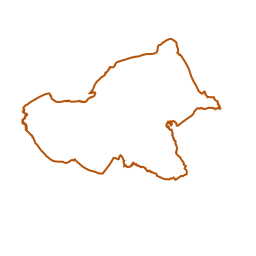 Bang Krathum, Phitsanulok, Thailand (orthographic projection), rotated 153°
{"feature_id": "78962969B64278922015209", "entity_name": "Bang Krathum", "entity_type": "district", "adm_level": 2, "iso_a3": "THA", "parent_name": "Thailand", "parent_adm1": "Phitsanulok", "projection": "orthographic", "projection_center": [100.362, 16.614], "detail": "fine", "context": "isolated", "style": "outline", "palette": "amber", "viewbox_px": 256, "rotation_deg": 153, "n_neighbors": 0, "source": "geoboundaries", "source_scale": "gbopen_adm2", "svg_char_len": 5776}
<svg xmlns="http://www.w3.org/2000/svg" viewBox="0 0 256 256"><g transform="rotate(153 128 128)"><path d="M219.8,172.3L218.7,169.8L217.7,166.0L217.0,165.3L217.0,164.2L217.4,163.0L216.8,162.7L217.4,156.7L216.4,153.7L215.8,148.2L214.3,143.5L213.2,139.3L212.6,138.4L212.1,136.9L211.1,134.9L210.6,134.3L209.9,133.0L209.2,132.1L205.0,129.4L201.4,127.6L200.5,126.1L199.4,125.1L196.7,124.5L194.0,125.0L192.8,125.0L191.9,124.7L191.2,124.1L191.2,123.8L189.6,124.2L189.3,122.8L187.8,118.6L186.0,114.4L184.7,112.2L182.3,108.6L181.0,107.3L178.1,104.8L174.5,100.8L173.0,99.7L171.2,98.9L160.5,104.0L154.4,107.9L153.1,107.2L152.4,106.2L150.8,104.5L150.2,104.6L149.9,105.2L149.3,105.8L148.6,106.1L148.0,106.9L147.0,107.1L146.7,105.9L146.4,105.3L146.4,103.1L146.7,101.8L146.1,100.7L147.4,99.7L148.0,97.1L148.8,95.7L148.0,95.6L147.4,95.8L147.2,95.7L146.9,95.8L146.8,95.4L147.0,95.1L147.0,94.8L146.6,93.9L146.1,93.5L145.8,93.2L145.4,93.2L144.7,92.9L143.7,92.8L143.2,92.5L142.7,92.6L142.2,93.2L141.5,92.9L140.7,93.3L140.7,93.9L140.3,94.3L139.1,94.7L138.9,93.8L138.6,93.5L138.8,93.0L138.8,92.5L138.3,92.3L138.0,92.5L137.2,92.3L137.0,91.8L137.1,91.0L137.0,90.4L136.5,90.0L135.9,89.9L135.8,89.4L135.1,88.9L134.7,88.1L134.7,87.7L134.3,87.6L134.1,87.1L132.9,87.0L131.9,86.2L131.6,85.8L131.4,84.7L130.7,84.2L131.0,83.5L130.4,82.6L130.7,81.6L130.5,81.2L130.0,80.4L129.5,80.3L129.2,80.5L128.8,80.3L128.2,80.3L128.0,79.9L128.2,79.5L127.8,78.4L127.0,78.3L126.8,77.8L126.1,77.2L125.3,75.9L123.8,74.7L123.4,73.5L123.8,72.7L123.8,72.1L119.4,66.7L118.5,65.8L114.7,63.5L114.3,63.4L113.8,63.7L113.3,63.7L110.7,62.7L109.9,63.1L109.4,61.5L109.3,60.3L106.3,60.6L102.4,61.2L100.9,60.2L98.9,60.5L97.0,60.1L95.7,61.8L95.4,62.4L95.2,63.3L95.2,64.0L95.9,66.0L95.9,66.4L93.7,67.8L94.8,69.6L94.8,70.7L94.2,71.3L94.4,74.0L94.8,74.9L94.9,75.7L94.8,78.1L95.0,78.7L95.8,80.1L95.9,80.6L96.5,82.7L96.5,83.8L96.3,84.4L95.6,84.6L95.6,85.3L95.3,85.7L95.0,85.8L94.6,86.4L93.6,87.1L93.2,89.4L92.9,89.9L92.8,90.7L92.7,91.6L93.0,91.9L92.9,92.4L92.4,93.4L92.0,93.8L92.2,94.0L92.2,94.4L91.7,94.9L91.9,95.6L92.1,95.8L92.2,96.4L92.5,96.5L92.5,97.3L91.9,97.8L91.8,98.4L92.1,98.6L92.2,98.9L92.0,100.2L91.6,101.0L91.9,101.7L90.6,102.6L90.7,103.8L89.9,106.1L90.2,107.0L91.2,107.1L91.5,107.4L91.5,108.7L92.0,109.3L92.0,109.6L91.1,110.3L91.1,111.0L91.6,111.4L92.6,111.2L92.9,111.7L92.9,112.2L92.5,113.0L91.5,114.3L90.5,114.4L89.6,115.4L89.4,115.5L89.2,115.4L89.1,115.1L89.2,113.7L88.5,112.2L88.5,111.0L88.3,110.7L87.3,111.4L86.9,112.2L87.2,112.8L87.9,113.7L88.4,114.0L88.4,114.5L88.1,114.7L87.2,114.7L85.4,113.7L84.3,113.6L83.6,112.6L83.5,112.0L83.0,111.2L82.9,110.6L82.9,110.0L83.5,108.1L83.1,107.6L82.5,107.5L81.3,107.6L76.7,108.6L65.3,110.2L63.5,110.8L61.7,112.4L57.7,114.1L57.2,114.0L55.9,113.3L55.4,112.7L54.5,112.8L54.2,112.6L53.9,112.7L53.3,112.5L52.9,111.5L50.5,109.8L46.8,109.4L46.7,109.2L44.3,108.0L43.7,107.3L43.0,107.3L42.6,106.3L41.4,105.7L41.4,105.0L38.2,105.1L37.9,103.7L37.0,103.4L37.1,104.2L36.8,105.1L36.9,105.7L36.5,105.9L37.0,108.0L36.6,108.1L36.7,109.8L36.2,110.3L36.2,111.0L37.3,112.7L37.7,113.8L37.9,115.0L37.5,115.4L37.7,116.6L38.7,116.9L42.6,119.3L43.2,119.3L43.4,121.8L43.9,123.0L43.1,124.6L43.4,125.8L43.7,126.0L45.3,125.2L46.7,125.1L47.2,126.0L48.3,129.0L48.2,129.3L48.1,135.1L48.4,139.8L48.3,142.3L48.2,145.3L47.0,153.0L47.0,154.4L47.1,160.7L47.8,167.7L48.3,169.5L48.5,169.7L49.0,169.7L49.3,170.4L49.2,172.1L49.4,172.6L49.7,172.7L48.4,173.9L48.0,174.5L47.7,175.3L47.3,178.2L47.0,179.7L46.1,182.1L46.6,183.6L48.2,186.7L48.9,187.5L49.6,188.0L51.2,188.5L54.0,188.7L55.3,188.6L56.3,188.2L58.3,188.4L58.9,187.9L60.0,187.8L61.1,187.3L62.3,187.7L63.4,187.6L63.9,187.3L64.5,186.8L65.7,184.9L67.0,183.2L68.4,182.4L70.1,182.4L70.9,182.5L73.3,183.1L77.4,185.2L79.1,185.8L81.3,186.3L86.3,187.0L88.3,187.9L89.8,188.4L90.0,188.2L92.5,189.1L99.6,190.2L103.4,191.0L107.7,191.6L108.7,191.5L110.9,190.3L111.3,189.6L111.7,189.6L113.0,188.8L113.5,188.8L115.6,189.9L116.3,190.6L117.4,189.9L117.4,189.3L118.0,189.0L118.9,189.0L119.8,188.1L120.8,187.6L122.0,187.6L123.2,187.4L123.5,187.0L123.4,186.4L125.3,185.6L126.1,185.4L129.1,185.2L132.5,184.0L135.0,183.4L138.9,180.9L140.5,179.3L142.5,177.9L146.2,176.4L145.5,176.0L144.5,176.0L143.6,175.4L142.8,175.7L142.5,175.6L142.2,175.1L141.3,174.5L141.3,173.9L141.5,173.4L142.6,172.7L143.3,172.1L144.7,171.7L145.7,172.1L146.7,172.4L147.5,171.9L148.2,172.2L150.0,172.1L151.8,171.4L152.5,170.8L154.0,170.8L154.4,170.5L154.6,170.6L156.3,172.0L156.5,172.0L156.8,171.8L157.1,172.0L157.1,172.3L157.5,172.9L158.0,172.9L158.1,173.3L158.5,173.3L159.0,173.6L159.0,174.2L159.7,174.3L160.4,174.7L162.0,175.0L166.7,177.2L168.1,178.6L168.1,179.1L169.7,179.3L169.5,179.7L169.8,179.9L170.7,180.2L172.0,180.7L174.3,181.3L177.9,182.5L179.4,183.5L180.2,184.3L181.5,186.2L182.6,188.9L182.0,191.6L182.6,192.0L182.2,194.4L182.4,194.6L185.7,195.6L192.7,195.9L202.5,195.4L207.5,194.6L209.4,194.7L210.1,194.2L211.4,194.0L211.9,193.7L212.2,193.2L212.1,192.8L212.3,192.5L212.1,192.2L212.0,191.4L212.2,191.0L212.5,190.8L213.1,190.9L213.7,190.8L214.1,190.3L213.7,190.1L214.0,189.4L213.4,189.2L213.5,188.7L213.4,188.1L213.0,187.6L212.9,187.1L212.2,187.0L211.9,186.8L211.9,186.5L212.3,186.3L212.4,186.1L212.1,185.8L211.9,186.0L211.8,185.7L212.7,185.2L213.6,185.6L213.9,185.0L214.5,185.0L214.8,184.4L215.1,184.3L215.0,183.7L215.3,183.5L215.4,183.9L215.6,184.0L217.0,183.2L218.1,183.3L219.0,182.2L218.8,181.9L218.3,181.7L218.3,181.3L218.4,180.9L218.8,180.6L219.7,180.5L219.3,179.2L218.9,179.0L218.4,179.0L218.5,178.5L218.3,178.1L217.5,178.0L217.2,177.5L217.5,177.0L218.3,176.4L218.1,175.9L217.9,175.6L217.5,175.6L217.5,175.4L218.1,175.4L218.2,174.9L218.9,174.8L218.9,174.1L219.5,173.6L219.4,173.4L219.1,173.3L218.5,173.6L218.5,173.2L218.9,172.9L219.8,172.6L219.8,172.3Z" fill="none" stroke="#b45309" stroke-width="2"/></g></svg>